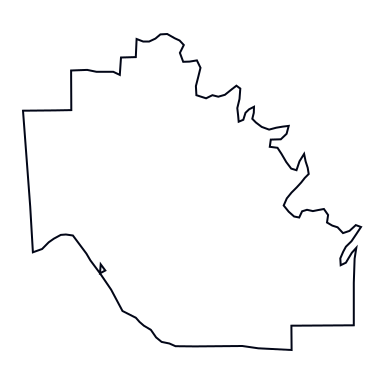 the district of São Paulo das Missões, Rio Grande do Sul, Brazil
{"feature_id": "56859067B46087315039211", "entity_name": "São Paulo das Missões", "entity_type": "district", "adm_level": 2, "iso_a3": "BRA", "parent_name": "Brazil", "parent_adm1": "Rio Grande do Sul", "projection": "equal_earth", "projection_center": [-54.951, -27.981], "detail": "fine", "context": "isolated", "style": "outline", "palette": "ink", "viewbox_px": 384, "rotation_deg": 0, "n_neighbors": 0, "source": "geoboundaries", "source_scale": "gbopen_adm2", "svg_char_len": 1650}
<svg xmlns="http://www.w3.org/2000/svg" viewBox="0 0 384 384"><path d="M240.3,88.6L236.4,85.7L231.9,89.2L224.9,94.8L218.3,96.7L212.4,95.2L206.1,98.3L196.4,95.2L195.9,86.1L198.3,76.7L200.5,67.8L196.9,60.4L189.6,61.6L183.2,61.8L179.9,52.9L183.8,45.0L179.6,40.5L174.8,38.3L167.2,34.0L160.4,34.4L155.4,38.6L149.2,41.5L143.1,41.5L136.6,39.0L135.8,57.1L121.0,57.5L119.8,74.9L113.3,71.8L96.5,71.8L87.2,69.9L71.1,70.5L71.3,110.1L54.7,110.4L23.0,110.7L24.3,127.9L30.2,206.5L32.9,252.3L42.1,249.0L48.7,242.3L53.8,238.7L60.8,234.9L65.9,234.5L72.9,235.5L86.4,253.6L90.4,260.4L100.0,273.3L111.1,289.6L122.5,311.0L135.9,317.8L139.6,322.0L143.9,325.7L150.9,329.9L156.1,337.4L161.6,341.9L169.4,343.5L175.5,346.2L195.0,346.4L242.3,346.0L258.3,348.3L291.6,350.0L291.4,325.7L353.8,325.3L353.8,282.8L354.6,258.8L356.3,247.8L351.9,252.7L348.8,257.8L345.9,262.7L340.7,265.2L340.3,258.4L343.2,251.7L345.9,246.7L351.5,241.2L356.3,234.1L361.0,227.0L355.8,225.1L349.5,230.9L343.0,233.1L337.6,227.3L332.3,225.6L327.0,222.5L328.1,215.0L323.9,209.0L317.9,210.1L312.9,211.1L307.0,209.8L302.1,211.3L299.2,217.5L294.1,216.5L288.7,211.7L283.7,205.5L286.8,198.4L291.5,192.6L296.8,187.3L301.2,182.5L304.8,177.9L308.7,174.0L307.7,167.8L305.6,161.3L304.1,153.9L299.5,161.3L296.5,170.2L291.2,168.6L286.3,162.1L281.5,153.9L277.5,147.8L269.8,146.8L270.8,139.6L280.8,139.3L286.6,133.8L288.7,125.9L282.9,126.6L276.3,127.7L269.1,129.6L261.7,126.9L255.9,122.5L252.3,118.8L253.8,112.8L254.0,106.8L249.1,109.3L245.5,112.8L243.3,119.8L238.7,121.7L238.1,115.3L237.3,108.1L239.5,99.0L240.3,88.6ZM100.0,273.3L100.7,264.3L105.3,270.5L100.0,273.3Z" fill="none" stroke="#020617" stroke-width="2"/></svg>